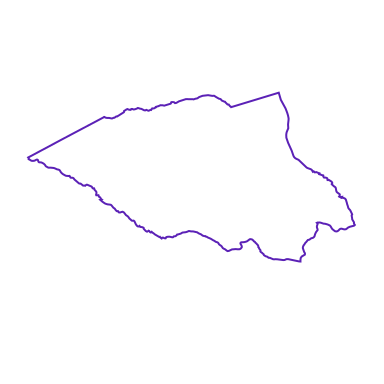 outline of Cuando Cubango, rotated 163°
{"feature_id": "AGO-1888", "entity_name": "Cuando Cubango", "entity_type": "Province", "adm_level": 1, "iso_a3": "AGO", "parent_name": "Angola", "parent_adm1": "", "projection": "mercator", "projection_center": [19.423, -15.802], "detail": "fine", "context": "isolated", "style": "outline", "palette": "violet", "viewbox_px": 384, "rotation_deg": 163, "n_neighbors": 0, "source": "natural_earth", "source_scale": "10m", "svg_char_len": 6011}
<svg xmlns="http://www.w3.org/2000/svg" viewBox="0 0 384 384"><g transform="rotate(163 192 192)"><path d="M278.7,206.6L280.5,208.9L282.0,211.3L280.6,211.3L281.0,211.9L281.4,213.7L282.3,214.6L282.4,216.3L283.8,216.6L284.5,216.9L284.5,217.5L284.1,218.1L283.7,218.8L283.5,219.7L283.5,220.4L284.6,222.8L284.5,223.9L284.6,224.2L285.5,224.3L285.9,224.6L286.2,226.0L286.5,226.6L290.1,229.6L290.7,229.8L291.0,229.7L292.1,229.4L292.4,229.2L293.1,229.7L294.2,229.9L294.6,230.4L294.9,230.9L296.1,232.6L297.0,232.9L297.4,233.1L297.7,233.5L300.8,238.4L301.2,239.7L301.6,240.2L302.2,240.6L303.6,241.0L304.1,241.6L304.2,242.7L304.4,243.1L304.6,243.3L305.2,243.3L307.7,244.3L308.3,244.8L310.2,246.8L311.0,248.0L311.6,249.2L312.1,251.3L312.5,251.9L313.1,252.4L314.4,253.1L316.1,254.6L317.2,255.4L319.8,256.5L321.8,257.1L322.4,257.4L324.2,259.3L324.4,259.8L324.7,261.0L325.5,262.4L326.6,263.6L327.6,264.4L329.5,265.1L329.9,265.6L330.0,266.3L330.0,267.6L330.5,268.2L331.2,268.4L333.4,268.0L334.8,268.2L336.0,268.6L336.9,269.3L337.7,270.3L338.6,271.1L338.3,271.7L338.4,272.3L338.6,272.9L300.5,280.4L254.9,289.2L254.1,289.5L253.8,289.4L253.1,288.5L251.9,287.8L249.5,287.0L247.5,285.9L246.9,285.7L245.1,285.9L244.5,285.7L243.8,285.9L243.0,286.2L242.3,286.4L241.6,286.1L233.8,288.2L233.2,289.4L231.8,289.7L230.6,290.1L229.5,290.2L228.6,289.4L227.3,288.7L226.6,288.5L226.2,288.9L225.9,289.1L225.2,289.0L224.5,288.7L224.2,288.3L223.5,287.9L222.0,287.8L220.3,287.9L219.3,288.2L218.7,287.9L217.5,287.0L216.1,286.3L213.8,284.1L212.8,283.7L211.7,283.9L210.0,282.5L209.6,282.4L207.5,282.7L207.1,282.4L205.6,283.6L204.6,283.2L203.5,283.1L202.5,283.4L201.9,283.9L201.5,283.6L200.9,283.9L200.4,284.0L199.2,283.9L196.8,284.2L194.9,283.6L193.3,282.7L186.6,282.7L186.3,282.9L185.6,283.9L184.9,283.9L183.1,283.2L182.7,282.8L182.3,282.0L181.4,281.8L180.5,281.9L178.0,282.5L170.8,282.6L164.0,280.5L163.4,280.1L161.5,280.2L159.7,280.0L158.8,280.2L157.4,280.7L153.8,280.9L148.3,279.9L144.5,278.0L142.8,277.6L142.3,277.1L141.4,276.0L139.0,273.4L137.8,272.7L137.4,272.3L137.2,271.9L136.8,270.8L134.6,268.9L134.0,268.6L133.9,268.1L132.4,265.3L131.3,264.9L131.2,264.5L130.5,262.8L130.0,262.4L129.8,261.7L80.0,261.6L80.1,254.2L78.1,244.5L77.8,240.0L77.8,237.1L78.1,234.2L78.6,232.7L80.4,228.5L81.3,224.8L84.0,221.5L84.7,220.2L85.2,219.0L85.9,216.3L85.7,210.9L84.6,202.4L84.4,196.9L84.1,195.5L83.4,194.2L82.7,193.4L80.7,191.6L75.2,181.8L74.1,180.8L71.8,179.1L71.0,178.1L70.5,176.0L69.7,176.3L69.4,176.0L69.0,175.0L68.7,174.8L67.3,174.7L65.3,173.0L64.5,172.6L64.5,172.4L65.1,171.8L63.6,170.8L63.2,170.4L62.0,169.7L61.6,169.5L61.6,169.2L61.9,168.7L61.7,167.5L61.4,167.1L60.0,166.7L59.4,166.3L58.8,165.8L58.6,165.3L58.9,164.2L58.9,163.8L57.5,163.4L55.6,161.2L55.3,160.5L55.2,159.7L55.3,159.4L55.9,159.0L56.1,158.7L55.8,158.3L55.6,157.5L55.0,156.8L54.7,156.1L53.7,154.9L53.4,154.3L53.4,153.3L53.7,150.8L53.6,149.8L53.1,148.9L51.5,146.8L51.4,146.4L52.1,144.7L52.6,144.6L52.5,144.3L51.7,143.8L49.9,143.5L50.5,142.6L49.4,142.4L48.4,141.7L47.5,140.8L47.1,139.8L47.1,136.2L47.2,135.1L47.1,132.9L47.2,131.2L46.9,130.1L46.2,128.7L46.0,128.1L45.4,124.2L45.4,123.6L45.5,123.5L46.0,123.2L46.2,122.9L46.5,120.4L46.8,118.9L46.0,115.9L46.0,115.4L46.3,114.7L46.3,114.2L45.9,112.9L46.7,112.5L47.1,112.4L51.1,112.6L53.0,112.4L54.4,111.8L55.7,111.4L56.9,111.6L57.8,112.0L59.2,112.9L60.0,113.3L61.0,113.4L61.9,113.1L63.1,112.4L64.3,112.0L65.2,112.0L66.2,112.4L66.7,112.7L67.3,113.5L68.7,115.6L69.0,116.6L69.5,118.7L70.0,119.7L71.8,121.3L74.0,122.7L75.5,123.3L78.0,125.1L79.1,125.6L80.2,125.9L80.9,126.1L81.6,126.0L81.2,125.2L81.2,124.7L82.5,122.9L82.8,122.0L82.9,121.4L82.8,119.8L83.0,118.9L85.2,117.3L86.6,115.7L87.9,113.7L88.5,113.3L89.5,112.9L89.9,112.8L91.5,112.9L93.4,112.2L93.9,112.1L94.9,112.2L95.3,112.2L97.5,110.7L98.4,110.3L100.0,108.9L100.8,108.4L101.2,108.0L102.1,106.8L102.4,105.9L102.3,102.0L102.0,100.9L102.0,99.9L102.4,99.1L106.0,98.2L107.4,97.0L108.1,95.4L108.6,93.8L109.9,94.3L119.7,99.7L121.0,100.1L122.2,100.1L123.2,99.9L124.6,100.2L130.1,102.7L131.7,103.3L133.1,103.6L134.1,104.0L136.7,106.2L137.1,106.4L137.8,106.6L138.3,107.1L138.8,108.0L140.3,109.0L141.4,110.2L141.7,110.7L141.7,111.4L141.8,111.8L142.4,112.5L142.8,113.4L143.6,114.3L143.9,114.9L144.0,115.4L143.6,116.0L143.6,116.5L144.3,118.2L144.3,119.1L144.7,119.9L144.4,120.7L144.6,122.1L145.1,122.9L145.5,124.0L146.1,124.8L146.5,126.0L147.3,126.8L147.5,127.7L148.6,129.2L150.1,129.9L150.7,129.9L153.7,128.8L155.1,128.7L156.8,128.8L159.7,129.5L160.5,129.1L160.8,128.4L160.3,126.4L160.3,125.5L160.5,124.7L161.3,124.0L162.3,123.5L163.5,123.4L164.9,123.8L166.8,124.6L170.5,125.4L174.0,124.9L175.3,125.1L176.0,125.9L177.1,127.5L178.1,128.4L178.9,129.3L179.7,131.8L180.1,132.3L180.7,133.0L181.4,134.0L181.8,135.6L182.1,136.1L182.5,136.5L183.7,137.3L184.1,137.7L184.8,138.7L185.8,139.6L187.8,141.9L190.2,143.9L191.0,144.9L191.7,145.2L192.1,145.9L193.1,146.2L194.6,147.2L195.7,148.8L197.7,150.5L198.8,151.9L202.3,153.9L204.4,154.6L205.9,155.4L206.4,155.6L208.3,155.4L209.8,155.4L213.0,156.0L214.9,155.5L218.0,155.5L218.6,155.7L218.8,155.6L219.4,155.1L220.3,154.7L221.1,154.6L222.3,154.9L222.6,154.8L223.2,154.4L223.6,154.3L224.2,154.5L226.3,155.7L227.8,156.2L229.4,156.4L230.1,156.2L230.4,155.7L230.8,155.4L231.8,155.8L233.1,156.9L233.8,157.0L234.6,156.4L235.5,157.6L235.7,158.2L235.8,158.5L236.2,158.4L236.4,158.5L239.9,162.3L240.8,163.7L241.9,165.0L242.2,165.7L242.8,165.4L243.2,165.3L243.5,165.5L243.9,166.0L244.3,167.2L244.8,167.7L245.5,167.4L246.6,167.2L247.6,168.2L248.9,170.8L248.9,171.1L248.7,171.7L248.9,172.1L250.0,173.0L251.4,173.6L251.9,174.0L252.1,174.9L253.0,174.6L253.7,174.8L254.3,175.4L255.1,177.3L255.6,180.8L256.2,181.7L257.6,182.0L258.0,182.3L258.8,183.7L259.6,184.9L260.2,186.8L260.6,187.6L261.9,189.2L263.0,192.2L264.1,193.4L265.3,193.5L266.6,193.4L267.8,193.8L268.2,194.4L268.2,195.0L268.4,195.4L269.4,195.6L269.7,195.9L270.5,197.7L270.7,198.6L271.8,200.0L272.9,202.8L273.3,203.4L273.9,203.8L276.2,204.8L277.5,205.6L278.7,206.6Z" fill="none" stroke="#5b21b6" stroke-width="2"/></g></svg>